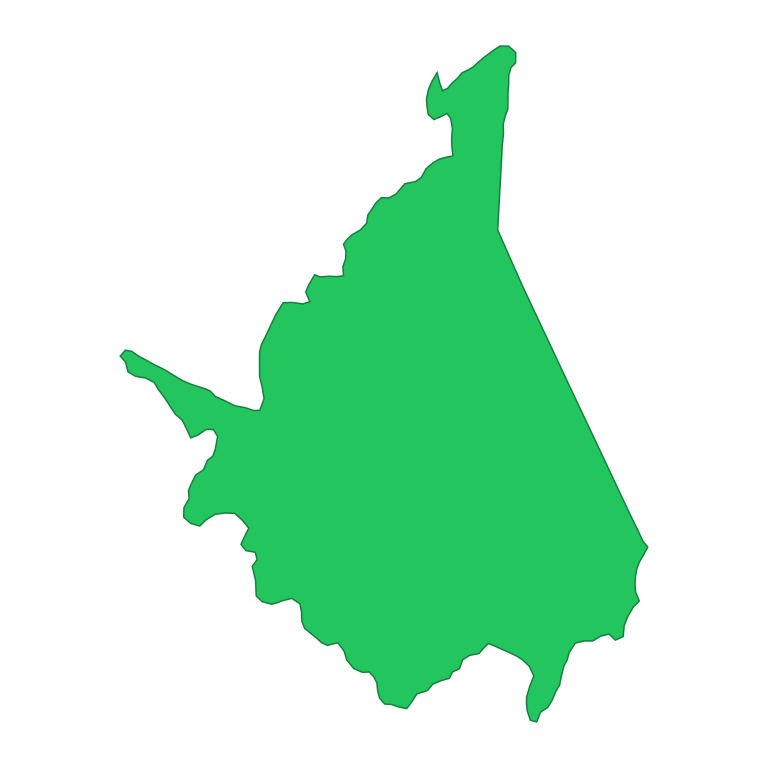 Anchieta, Espírito Santo, Brazil
{"feature_id": "56859067B41158755136707", "entity_name": "Anchieta", "entity_type": "district", "adm_level": 2, "iso_a3": "BRA", "parent_name": "Brazil", "parent_adm1": "Espírito Santo", "projection": "natural_earth1", "projection_center": [-40.708, -20.693], "detail": "fine", "context": "isolated", "style": "filled", "palette": "green", "viewbox_px": 768, "rotation_deg": 0, "n_neighbors": 0, "source": "geoboundaries", "source_scale": "gbopen_adm2", "svg_char_len": 2929}
<svg xmlns="http://www.w3.org/2000/svg" viewBox="0 0 768 768"><path d="M128.1,371.9L135.4,376.3L145.5,378.0L154.2,382.4L158.4,389.5L164.9,398.2L170.7,407.2L175.5,414.4L182.4,420.3L187.2,430.2L190.7,437.9L197.6,435.3L206.0,429.5L213.4,429.5L217.6,436.4L215.3,449.3L212.8,456.2L207.6,460.1L203.4,469.8L195.7,475.0L191.8,482.8L188.5,490.4L189.1,498.7L183.9,507.7L183.7,517.3L190.9,523.5L199.8,526.0L206.0,519.9L215.1,514.3L225.0,513.0L234.9,513.4L242.8,520.7L248.8,528.2L245.3,535.0L241.0,544.4L245.9,550.6L255.3,552.3L257.1,559.6L252.2,566.5L253.8,572.9L255.6,580.8L255.9,587.9L256.2,595.9L262.2,601.7L271.7,604.2L277.1,602.8L282.9,600.6L291.8,598.4L299.9,603.8L301.5,611.8L301.9,621.5L304.8,628.6L316.0,637.6L321.7,642.8L327.5,645.3L337.9,642.8L344.2,651.3L346.8,660.0L353.8,668.6L362.4,672.3L369.3,672.0L373.9,677.0L376.9,683.1L377.6,690.4L379.6,698.2L384.6,704.0L391.2,704.4L398.1,706.8L406.7,708.6L411.9,701.7L416.9,693.9L427.3,690.6L432.8,684.2L441.5,680.5L449.4,678.3L452.5,672.0L459.4,668.7L462.8,659.6L469.8,655.3L478.9,653.6L483.7,648.1L488.3,643.5L494.6,646.0L502.3,649.5L509.7,652.7L516.5,656.0L522.3,659.6L529.2,666.1L533.8,675.9L529.6,686.7L526.5,697.4L526.5,704.2L527.3,711.1L530.4,720.2L536.6,721.9L540.7,712.0L547.7,707.5L551.9,700.7L555.9,691.3L559.6,685.2L561.7,674.5L563.9,666.1L567.1,660.0L569.2,652.5L575.3,643.1L584.2,641.0L592.6,641.0L600.5,636.2L609.0,634.1L615.3,640.1L623.2,636.6L624.2,625.5L627.6,616.8L633.5,606.7L639.3,601.0L635.6,592.0L635.0,584.0L635.4,576.6L636.9,568.6L639.4,562.1L643.0,555.9L647.8,547.0L643.0,541.5L638.5,531.5L630.8,515.9L621.8,496.9L606.6,464.5L566.6,379.9L559.0,363.6L523.1,287.3L497.7,230.0L498.3,218.9L499.9,189.7L501.4,162.8L502.2,145.8L503.5,133.5L503.2,124.2L505.1,116.4L507.8,109.1L508.0,100.4L508.0,91.8L508.7,84.5L508.7,75.3L511.1,67.4L515.6,62.9L515.7,52.5L508.6,46.1L499.9,46.1L492.3,51.1L484.1,57.3L478.0,62.4L473.5,66.7L468.3,69.9L462.1,72.7L457.3,78.5L452.0,83.1L447.7,88.3L442.5,90.7L439.8,83.1L437.1,72.7L432.2,81.0L428.5,89.3L426.4,99.4L427.0,106.5L428.2,114.4L434.0,119.6L441.6,116.2L447.1,113.4L450.7,118.5L452.4,128.2L451.6,138.3L452.0,148.1L453.0,155.9L445.8,157.3L439.2,159.2L433.0,162.8L426.1,168.8L421.2,177.5L415.2,181.7L404.8,183.7L396.0,194.1L388.5,198.0L381.5,197.6L376.0,202.8L371.8,209.2L367.9,214.9L366.6,223.3L360.3,230.0L352.6,234.4L347.4,239.0L343.5,244.2L346.0,251.3L345.7,258.5L342.9,266.8L343.5,275.9L336.2,276.6L329.2,276.2L320.2,276.9L314.7,274.8L309.2,284.0L305.7,292.0L309.8,301.7L303.0,303.9L292.0,302.4L283.1,302.8L275.7,314.8L266.2,335.0L261.3,344.9L259.6,352.2L259.5,361.9L259.6,376.2L262.2,387.4L264.1,398.5L259.8,410.4L253.4,410.4L244.9,407.6L235.0,405.8L224.9,400.8L215.2,396.4L210.4,391.1L205.2,388.8L197.3,386.3L190.9,384.2L182.5,380.6L175.2,376.3L167.0,371.2L160.5,367.6L154.2,364.7L146.1,360.1L139.0,356.4L131.8,351.4L125.4,350.2L120.2,356.1L125.4,361.9L128.1,371.9Z" fill="#22c55e" stroke="#15803d" stroke-width="1.5"/></svg>